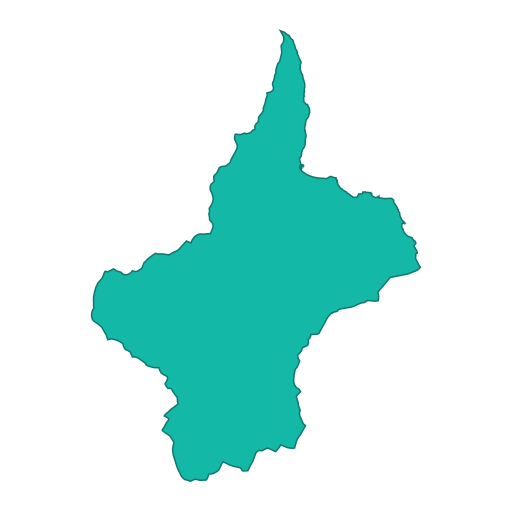 Dalvíkurbyggð, Norðurland eystra, Iceland (Albers equal-area conic projection)
{"feature_id": "244011B31014041409595", "entity_name": "Dalvíkurbyggð", "entity_type": "district", "adm_level": 2, "iso_a3": "ISL", "parent_name": "Iceland", "parent_adm1": "Norðurland eystra", "projection": "albers", "projection_center": [-18.585, 65.893], "detail": "fine", "context": "isolated", "style": "filled", "palette": "teal", "viewbox_px": 512, "rotation_deg": 0, "n_neighbors": 0, "source": "geoboundaries", "source_scale": "gbopen_adm2", "svg_char_len": 6055}
<svg xmlns="http://www.w3.org/2000/svg" viewBox="0 0 512 512"><path d="M184.9,479.6L187.4,480.1L190.3,481.3L195.0,479.2L200.3,480.3L206.3,480.0L207.4,478.2L208.5,475.4L208.7,474.0L212.1,473.9L215.6,472.4L218.6,470.3L222.8,461.6L229.4,464.9L233.9,466.4L240.7,467.9L241.9,470.3L242.9,471.0L247.9,470.7L249.8,466.6L252.8,461.3L255.8,453.1L257.6,451.1L259.1,450.4L262.0,450.8L267.1,448.1L269.2,448.6L275.6,451.6L278.9,447.8L280.6,444.9L287.6,447.7L292.7,448.4L294.6,448.0L295.6,444.1L296.8,440.2L297.6,438.6L300.9,433.9L305.5,425.6L303.3,423.8L299.9,416.0L299.5,413.9L299.7,411.8L300.2,410.4L298.4,405.3L298.2,403.0L296.3,396.5L297.2,395.1L300.6,391.7L299.6,390.0L298.4,388.7L296.4,387.7L294.5,384.7L293.6,381.5L293.8,378.0L294.2,374.6L295.2,369.3L296.5,368.0L297.5,366.4L299.7,361.0L298.3,358.4L297.8,356.9L297.7,355.2L297.9,354.6L299.5,353.4L301.4,351.0L302.4,347.8L307.3,345.5L308.3,344.0L308.5,342.5L308.1,339.9L310.0,337.8L310.7,335.9L310.9,334.5L317.2,334.2L318.9,333.4L326.9,318.7L328.2,316.6L331.1,313.4L332.4,313.1L333.7,312.1L336.6,311.5L337.7,310.8L338.2,309.8L340.2,309.0L351.1,307.1L354.8,305.9L358.7,303.9L362.1,302.8L364.4,302.5L367.5,300.5L375.5,301.2L378.3,300.6L378.7,296.4L377.9,292.1L390.2,277.5L408.1,273.9L416.6,270.6L418.9,269.0L420.4,267.1L418.3,264.2L418.2,263.5L416.1,259.7L415.5,257.8L415.7,256.3L415.9,255.8L415.6,255.0L415.6,254.4L416.2,253.4L417.1,253.3L417.3,252.5L416.8,250.9L414.1,246.3L414.1,245.7L415.8,243.5L415.7,242.4L414.7,240.9L414.3,241.1L413.7,240.6L413.6,240.4L413.7,240.1L412.7,239.1L412.4,237.9L407.7,236.2L406.5,235.2L404.2,232.4L403.1,230.0L403.1,229.1L402.3,228.4L401.9,227.4L401.7,226.3L401.9,225.4L401.8,224.1L402.4,223.2L403.2,223.4L403.0,223.2L403.1,222.7L403.6,222.3L404.3,222.5L404.5,223.0L404.9,223.0L401.3,219.2L401.1,218.1L400.6,217.3L399.7,214.7L399.7,212.9L398.3,210.7L398.4,209.5L397.3,208.7L397.3,208.0L396.8,206.9L396.5,206.8L396.4,206.0L393.7,202.4L393.8,200.9L393.4,199.8L392.3,198.8L390.8,198.3L384.5,198.6L379.5,197.8L378.9,197.3L378.9,196.9L378.5,197.6L377.8,197.3L377.8,196.8L379.5,195.8L377.8,196.7L377.6,197.2L375.2,197.6L371.8,195.5L371.6,194.4L371.7,193.5L370.7,193.3L370.5,193.1L370.6,192.6L369.2,192.8L367.8,192.2L366.2,192.6L365.3,192.2L365.2,191.8L363.9,192.2L363.0,191.9L362.6,192.7L362.5,193.6L362.2,193.8L358.6,194.0L358.7,194.7L357.8,195.6L357.6,196.6L357.2,197.0L353.9,197.5L350.4,195.4L349.9,194.7L346.8,192.7L345.9,191.6L343.0,190.2L342.3,189.2L340.5,188.3L339.1,186.0L338.1,185.0L337.7,184.0L337.5,182.2L336.9,181.3L337.3,180.3L336.4,179.6L336.1,179.0L336.1,177.9L333.1,177.3L331.3,176.5L329.9,176.6L326.8,178.6L318.1,178.0L312.9,177.0L306.7,174.6L302.3,171.5L301.0,170.0L301.7,166.7L301.5,166.8L300.9,169.1L300.2,168.9L299.8,168.1L300.5,168.1L299.5,167.5L299.9,165.8L302.1,166.4L301.7,166.0L301.6,164.8L301.7,164.7L302.9,165.1L304.1,166.3L302.9,164.8L300.7,164.3L300.3,161.8L299.8,160.6L299.6,159.4L299.8,158.2L301.1,156.4L301.6,154.0L301.7,152.0L301.9,151.4L302.7,149.3L304.3,147.1L305.0,145.1L305.3,142.6L305.3,139.5L306.1,135.9L305.8,133.7L305.2,131.6L305.1,130.1L304.6,128.8L304.8,126.5L305.4,124.9L305.9,120.6L306.5,119.4L308.4,116.8L309.0,114.7L309.0,113.9L309.7,112.8L309.5,109.1L309.1,107.8L308.0,106.2L307.5,104.4L305.9,104.1L303.9,101.8L303.8,99.5L303.6,98.1L303.8,97.5L303.9,96.3L304.4,96.1L303.9,94.6L304.3,92.0L304.6,91.5L304.3,89.4L304.7,86.9L304.7,83.7L302.9,77.3L302.6,75.1L301.1,72.3L300.2,68.9L300.2,64.9L301.1,62.7L300.5,60.6L299.3,58.9L298.7,56.8L297.2,53.4L297.2,52.9L297.5,52.7L297.5,52.3L296.3,49.7L295.4,48.8L294.7,45.2L294.1,44.5L293.1,40.6L292.6,39.7L291.0,38.8L289.2,35.6L285.7,33.6L284.7,32.4L280.3,30.7L283.6,36.5L283.8,37.5L283.6,41.2L283.3,42.3L281.3,45.3L281.1,46.6L281.6,50.5L281.7,53.0L279.7,61.3L278.9,62.6L277.8,63.5L276.0,69.4L275.8,71.4L275.9,73.2L274.7,75.1L274.4,78.0L273.4,81.4L272.9,82.0L272.5,84.4L272.6,85.0L273.4,86.8L273.3,89.5L273.0,90.3L270.3,92.2L266.9,92.9L267.3,95.5L265.8,99.4L265.2,102.8L263.4,107.8L263.3,110.8L261.7,113.3L259.7,115.6L258.6,117.5L258.3,121.5L255.8,124.2L254.9,125.9L254.8,127.1L255.1,128.6L254.4,129.7L253.2,129.9L250.8,132.3L249.3,133.1L246.5,133.7L244.6,133.1L240.5,134.6L235.3,134.2L234.9,135.3L234.6,138.5L234.7,139.5L237.2,145.0L237.1,148.4L231.0,159.7L230.1,162.6L225.9,166.0L221.9,166.5L219.4,167.5L216.7,173.2L214.3,175.4L213.8,176.5L213.7,177.8L214.1,181.3L213.9,181.8L211.3,184.0L210.2,186.2L210.2,189.8L212.1,193.7L213.0,197.2L213.1,198.5L213.0,200.6L212.3,203.1L211.3,205.1L209.3,208.1L209.2,208.8L209.5,210.8L209.4,212.0L209.1,212.9L208.9,214.2L209.4,216.9L209.6,219.6L210.1,220.6L212.2,222.7L212.6,223.4L213.2,226.2L212.6,228.3L210.5,233.5L203.9,234.1L199.5,234.0L197.0,235.0L195.0,236.3L193.6,237.9L192.1,240.2L190.9,242.9L186.4,241.0L178.6,249.6L176.5,251.0L171.9,253.0L169.2,254.9L162.0,253.9L157.3,254.0L156.0,253.3L153.8,254.3L147.6,259.1L145.3,261.7L144.2,262.3L141.8,268.3L137.5,271.2L134.7,271.6L132.3,270.7L131.4,272.2L130.4,273.1L128.1,274.5L124.3,274.7L122.1,273.6L121.0,272.2L116.7,271.0L113.5,268.9L107.8,271.8L105.2,271.3L104.4,272.5L102.6,277.3L101.8,278.6L97.9,283.0L95.9,287.2L94.8,291.0L93.6,296.6L93.5,301.4L93.7,303.7L93.5,304.8L94.0,307.8L92.4,310.7L92.0,311.9L91.6,314.3L91.7,316.6L92.2,319.0L93.5,320.9L99.1,324.7L101.9,327.4L106.1,334.8L107.8,339.8L110.9,338.9L112.6,338.9L117.1,340.3L119.7,341.6L123.1,343.8L123.2,345.0L123.5,346.1L124.4,348.0L125.0,348.8L126.0,349.7L129.6,351.5L130.3,352.3L132.4,357.0L134.9,356.9L138.0,357.9L145.2,363.1L146.3,365.0L148.8,366.3L154.5,367.7L159.0,367.7L159.5,369.8L161.1,372.8L163.0,374.3L166.5,376.1L167.2,376.8L167.6,378.1L167.5,379.1L166.3,381.8L165.1,383.5L165.1,384.0L165.8,385.5L167.9,388.3L171.4,388.7L173.0,391.9L177.2,397.5L177.4,398.8L177.4,401.4L178.1,404.0L171.6,408.8L164.5,415.3L164.3,416.0L167.8,417.8L168.7,419.3L168.4,420.2L166.4,422.7L164.5,426.6L162.3,429.8L162.4,430.6L162.9,431.1L169.8,435.9L172.6,440.1L173.7,442.2L173.8,443.2L172.7,448.1L172.6,449.8L172.7,451.4L173.5,455.8L175.5,461.9L176.6,465.8L178.2,469.8L181.6,476.5L182.8,477.9L184.9,479.6Z" fill="#14b8a6" stroke="#0f766e" stroke-width="1.5"/></svg>